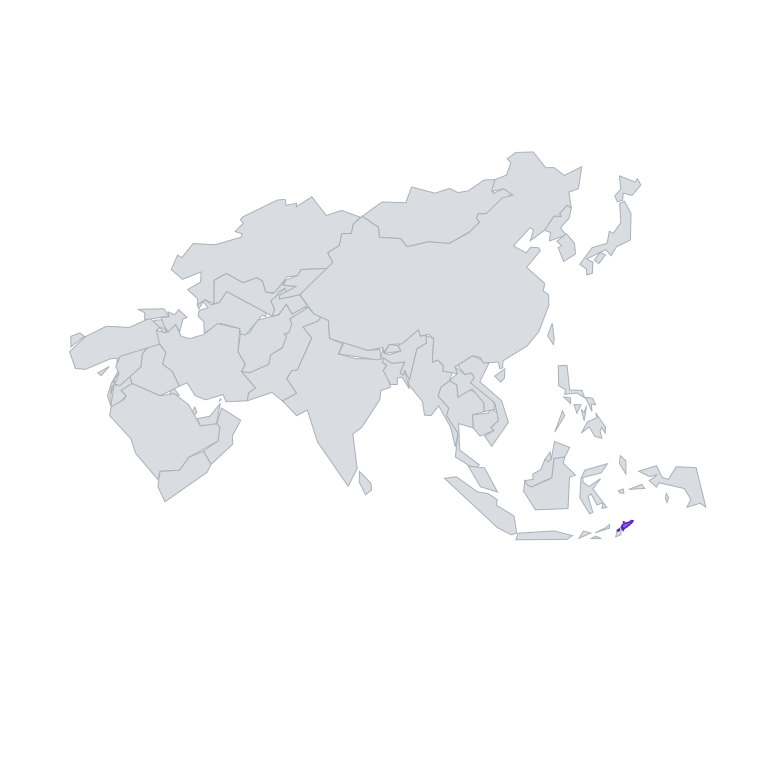 location of East Timor within Asia, rotated 346°
{"feature_id": "TLS", "entity_name": "East Timor", "entity_type": "country or territory", "adm_level": 0, "iso_a3": "TLS", "parent_name": "Asia", "parent_adm1": "", "projection": "natural_earth1", "projection_center": [125.525, -8.826], "detail": "fine", "context": "in_parent", "style": "filled", "palette": "violet", "viewbox_px": 768, "rotation_deg": 346, "n_neighbors": 45, "source": "natural_earth", "source_scale": "50m", "svg_char_len": 13866}
<svg xmlns="http://www.w3.org/2000/svg" viewBox="0 0 768 768"><g transform="rotate(346 384 384)"><path d="M401.5,216.5L393.1,221.2L388.7,230.0L379.5,228.0L374.0,239.0L361.2,242.9L363.7,253.6L359.8,258.8L331.2,252.9L326.6,257.8L315.5,256.6L300.3,269.2L291.4,266.1L290.9,254.7L286.1,250.2L271.6,251.6L257.8,238.7L244.3,242.4L238.4,265.2L230.7,258.9L222.0,262.3L223.7,256.0L216.2,244.8L230.7,240.8L233.7,231.0L213.8,233.7L205.3,221.5L214.9,209.0L218.5,212.5L232.7,201.6L253.8,208.0L280.6,207.0L282.7,204.1L276.4,200.0L286.4,193.9L284.4,189.8L287.1,187.8L324.8,179.7L332.6,180.9L332.3,187.0L342.9,187.6L341.7,190.9L359.2,184.9L368.8,206.6L384.8,205.3L401.5,216.5Z" fill="#d9dde1" stroke="#a8b0b8" stroke-width="1"/><path d="M238.4,265.2L244.3,242.4L257.8,238.7L271.6,251.6L286.1,250.2L290.9,254.7L291.4,266.1L298.5,269.3L313.9,259.3L310.3,263.9L322.5,268.0L315.3,272.5L309.6,272.0L310.8,267.4L303.9,268.9L298.4,276.3L294.3,276.0L296.0,284.9L292.0,291.3L253.8,256.3L244.0,265.1L238.4,265.2Z" fill="#d9dde1" stroke="#a8b0b8" stroke-width="1"/><path d="M666.6,540.6L666.5,581.3L661.8,576.2L648.1,576.9L653.9,570.1L650.0,558.0L627.0,546.4L623.3,550.0L618.0,541.9L627.2,538.2L619.3,538.1L610.0,530.2L628.7,529.2L631.1,541.6L636.7,545.4L647.4,535.0L666.6,540.6ZM580.0,579.9L577.2,587.7L571.9,588.3L574.7,582.4L580.0,579.9ZM629.9,567.4L629.4,562.7L631.5,558.4L632.7,563.2L629.9,567.4ZM541.8,498.5L538.7,504.1L547.8,518.7L541.4,519.4L532.4,549.4L500.4,542.7L493.5,521.7L497.3,511.8L501.9,519.5L519.7,516.7L524.1,515.4L530.9,497.4L541.8,498.5ZM595.9,545.5L609.7,543.7L611.7,548.4L595.9,545.5ZM590.3,548.0L586.6,546.9L585.5,544.2L591.0,543.9L590.3,548.0ZM596.0,510.7L600.1,517.2L596.9,529.9L593.2,518.0L596.0,510.7ZM558.0,516.1L581.5,515.4L573.1,522.8L554.2,522.8L553.4,527.6L558.2,533.1L571.2,528.2L561.3,536.2L570.3,557.7L565.3,557.3L567.9,552.2L561.3,552.9L558.4,540.7L554.8,542.6L555.6,558.9L552.1,559.8L546.5,541.8L552.2,523.4L558.0,516.1ZM557.5,586.7L547.8,584.1L552.8,582.8L557.5,586.7ZM552.9,579.4L564.1,577.2L568.9,574.9L568.1,578.4L552.9,579.4ZM542.0,574.9L548.6,578.7L535.8,580.8L542.0,574.9ZM478.0,561.2L513.4,567.7L530.2,576.7L524.0,579.0L474.3,567.1L478.0,561.2ZM463.7,528.8L478.2,543.5L476.7,560.9L470.8,561.0L459.2,550.7L419.9,490.1L431.7,491.5L448.6,511.2L458.6,515.6L465.9,523.7L463.7,528.8Z" fill="#d9dde1" stroke="#a8b0b8" stroke-width="1"/><path d="M124.0,315.6L117.5,324.4L113.7,339.3L112.8,328.5L120.0,316.8L124.0,315.6Z" fill="#d9dde1" stroke="#a8b0b8" stroke-width="1"/><path d="M129.5,309.7L120.2,316.7L129.3,307.3L129.5,309.7Z" fill="#d9dde1" stroke="#a8b0b8" stroke-width="1"/><path d="M121.2,321.1L116.4,327.7L119.6,320.2L121.2,321.1Z" fill="#d9dde1" stroke="#a8b0b8" stroke-width="1"/><path d="M121.2,321.1L139.4,314.9L139.6,322.6L127.4,326.7L131.0,333.0L119.2,341.2L113.7,339.3L121.2,321.1Z" fill="#d9dde1" stroke="#a8b0b8" stroke-width="1"/><path d="M194.5,372.4L207.2,373.2L220.5,363.2L211.1,383.4L195.6,380.2L194.5,372.4Z" fill="#d9dde1" stroke="#a8b0b8" stroke-width="1"/><path d="M191.0,369.2L191.4,364.6L194.8,360.6L195.6,366.3L191.0,369.2Z" fill="#d9dde1" stroke="#a8b0b8" stroke-width="1"/><path d="M178.5,335.8L182.5,345.3L173.6,341.9L178.5,335.8Z" fill="#d9dde1" stroke="#a8b0b8" stroke-width="1"/><path d="M139.6,322.6L139.4,314.9L152.3,308.4L156.8,296.2L166.1,289.8L175.8,291.1L180.0,300.5L174.1,311.2L181.8,320.6L184.9,336.6L164.0,341.3L139.6,322.6Z" fill="#d9dde1" stroke="#a8b0b8" stroke-width="1"/><path d="M212.3,382.1L220.5,368.1L236.2,384.6L224.3,397.6L222.7,405.7L196.8,420.1L192.5,405.4L209.1,399.1L214.2,386.5L212.3,382.1ZM222.2,359.4L219.8,361.0L221.6,358.9L222.2,359.4Z" fill="#d9dde1" stroke="#a8b0b8" stroke-width="1"/><path d="M459.9,448.1L462.4,435.3L478.7,437.5L481.2,433.2L487.1,439.6L486.3,447.2L477.2,452.0L479.5,455.8L464.6,457.8L459.9,448.1Z" fill="#d9dde1" stroke="#a8b0b8" stroke-width="1"/><path d="M474.4,435.0L462.4,435.3L459.9,448.1L446.8,440.5L441.5,466.5L456.9,485.4L451.6,488.7L435.6,472.1L443.8,449.9L436.9,429.7L441.0,423.1L433.4,408.9L438.4,400.9L448.4,396.5L454.4,402.5L452.7,414.7L464.3,409.7L472.2,415.2L476.5,426.9L474.4,435.0Z" fill="#d9dde1" stroke="#a8b0b8" stroke-width="1"/><path d="M485.9,435.5L474.4,435.0L476.5,426.9L468.3,410.1L452.7,414.7L454.4,402.5L448.4,396.5L457.6,391.7L457.1,384.5L464.9,394.3L471.4,394.3L473.2,399.8L468.2,403.7L485.8,424.8L485.9,435.5Z" fill="#d9dde1" stroke="#a8b0b8" stroke-width="1"/><path d="M448.4,396.5L438.4,400.9L433.4,408.9L441.0,423.1L436.9,429.7L443.8,449.9L438.0,462.2L438.2,442.2L431.8,418.4L422.0,426.0L415.8,424.0L417.1,410.3L407.4,389.8L424.3,357.8L435.0,354.5L436.4,347.1L443.2,351.9L436.2,374.6L441.8,373.5L446.1,380.6L444.3,385.8L454.3,387.5L448.4,396.5Z" fill="#d9dde1" stroke="#a8b0b8" stroke-width="1"/><path d="M469.1,458.7L479.5,455.8L477.2,452.0L486.3,447.2L487.0,429.2L468.2,403.7L473.2,399.8L471.4,394.3L464.9,394.3L459.8,383.6L476.7,378.0L490.7,389.3L477.5,405.0L494.1,428.7L495.4,451.3L473.4,470.5L469.1,458.7Z" fill="#d9dde1" stroke="#a8b0b8" stroke-width="1"/><path d="M608.3,258.5L603.8,267.9L593.1,274.9L596.5,283.6L579.0,285.2L582.3,277.2L576.8,273.8L580.8,269.8L589.7,262.1L596.3,264.2L595.5,261.0L605.0,254.8L608.3,258.5Z" fill="#d9dde1" stroke="#a8b0b8" stroke-width="1"/><path d="M586.3,287.5L597.2,282.1L602.9,293.5L601.2,304.2L587.9,308.6L586.0,293.9L589.8,292.8L586.3,287.5Z" fill="#d9dde1" stroke="#a8b0b8" stroke-width="1"/><path d="M403.5,216.0L426.2,206.9L449.0,213.4L458.4,199.5L479.7,211.2L495.0,210.1L502.0,216.1L512.3,217.1L530.3,210.3L541.1,212.5L536.1,225.6L547.3,223.5L555.3,229.8L524.3,243.5L516.6,241.7L513.8,245.7L516.0,250.1L508.7,255.5L481.3,263.4L461.5,256.8L439.4,256.4L435.4,247.0L415.0,240.6L416.5,230.7L403.5,216.0Z" fill="#d9dde1" stroke="#a8b0b8" stroke-width="1"/><path d="M436.4,347.1L435.0,354.5L424.3,357.8L409.6,386.3L407.4,376.3L404.8,380.3L402.2,377.1L409.2,367.8L396.5,366.0L389.9,358.6L387.7,362.8L391.3,366.2L386.5,370.8L389.6,372.5L389.5,388.5L379.3,389.7L376.2,398.1L351.9,420.7L341.7,424.8L337.5,459.5L324.5,474.5L305.5,424.3L303.3,390.6L291.6,393.6L281.4,375.9L296.9,371.7L290.8,355.4L297.4,348.8L303.3,349.3L324.9,321.9L319.1,309.0L335.3,306.9L341.0,301.6L345.4,309.0L342.2,326.6L353.5,335.0L347.2,343.8L363.0,352.8L387.3,358.8L391.7,348.2L391.7,354.4L396.2,356.8L408.2,356.1L406.9,350.2L430.7,339.6L430.9,346.2L436.4,347.1Z" fill="#d9dde1" stroke="#a8b0b8" stroke-width="1"/><path d="M407.4,376.3L407.5,394.9L403.2,381.7L398.4,381.5L396.8,387.6L390.4,386.2L386.5,370.8L391.3,366.2L387.7,362.8L389.9,358.6L396.5,366.0L409.2,367.8L402.2,377.1L404.8,380.3L407.4,376.3Z" fill="#d9dde1" stroke="#a8b0b8" stroke-width="1"/><path d="M406.9,350.2L408.2,356.1L391.7,354.4L398.5,346.9L406.9,350.2Z" fill="#d9dde1" stroke="#a8b0b8" stroke-width="1"/><path d="M388.4,349.5L387.3,358.8L382.9,358.9L347.2,343.8L355.8,333.5L376.6,347.5L388.4,349.5Z" fill="#d9dde1" stroke="#a8b0b8" stroke-width="1"/><path d="M341.0,301.6L335.3,306.9L319.1,309.0L324.9,321.9L303.3,349.3L297.4,348.8L290.8,355.4L296.9,371.7L281.4,375.9L273.2,365.0L247.3,367.2L250.3,359.9L258.3,356.6L248.5,337.3L256.6,340.5L276.9,336.9L281.3,328.0L294.1,324.2L311.6,295.2L329.0,291.3L333.0,299.1L341.0,301.6Z" fill="#d9dde1" stroke="#a8b0b8" stroke-width="1"/><path d="M276.4,291.5L298.9,291.2L308.5,282.9L311.8,293.8L319.8,289.1L329.0,291.3L308.2,298.0L309.0,303.8L304.1,311.1L299.3,310.9L300.6,315.0L294.1,324.2L281.3,328.0L276.9,336.9L256.6,340.5L248.5,337.3L254.1,331.5L250.1,317.4L256.7,300.6L265.5,302.2L276.4,291.5Z" fill="#d9dde1" stroke="#a8b0b8" stroke-width="1"/><path d="M292.0,291.3L296.0,284.9L294.3,276.0L310.8,267.4L311.6,271.9L303.0,276.3L324.0,276.9L328.4,289.5L311.8,293.8L308.5,282.9L298.9,291.2L292.0,291.3Z" fill="#d9dde1" stroke="#a8b0b8" stroke-width="1"/><path d="M313.9,259.3L326.6,257.8L331.2,252.9L359.8,258.8L324.0,276.9L303.0,276.3L304.2,272.7L322.5,268.0L310.3,263.9L313.9,259.3Z" fill="#d9dde1" stroke="#a8b0b8" stroke-width="1"/><path d="M222.0,262.3L230.7,258.9L235.8,265.5L244.0,265.1L253.8,256.3L286.5,286.1L285.7,289.9L282.1,288.0L261.5,303.0L256.7,300.6L257.4,295.4L240.3,285.7L221.9,290.9L224.3,279.9L220.1,273.2L222.5,267.9L231.7,267.5L228.6,260.2L222.5,266.3L222.0,262.3Z" fill="#d9dde1" stroke="#a8b0b8" stroke-width="1"/><path d="M184.9,336.6L181.8,320.6L174.1,311.2L180.0,300.5L174.3,286.1L176.2,277.0L185.2,281.3L196.2,276.0L198.7,288.5L205.9,293.0L221.1,292.4L236.8,285.1L257.4,295.4L250.1,317.4L254.1,331.5L248.5,337.3L258.3,356.6L250.3,359.9L247.3,367.2L226.4,363.0L225.4,355.3L207.1,356.2L197.9,349.6L193.2,335.2L184.9,336.6Z" fill="#d9dde1" stroke="#a8b0b8" stroke-width="1"/><path d="M122.6,319.1L129.5,309.7L127.9,302.1L134.6,293.3L163.6,290.7L156.8,296.2L152.3,308.4L127.7,321.6L122.6,319.1Z" fill="#d9dde1" stroke="#a8b0b8" stroke-width="1"/><path d="M187.1,281.1L175.4,271.8L176.6,266.6L185.9,268.3L187.1,281.1Z" fill="#d9dde1" stroke="#a8b0b8" stroke-width="1"/><path d="M175.8,291.1L134.6,293.3L129.9,299.6L131.4,294.4L124.4,293.4L97.8,297.5L88.4,294.3L86.7,276.7L105.8,265.8L128.6,260.8L150.4,267.5L172.8,263.5L180.2,275.2L176.2,277.0L175.8,291.1ZM91.6,262.0L101.3,260.9L104.7,265.3L89.1,272.4L91.6,262.0Z" fill="#d9dde1" stroke="#a8b0b8" stroke-width="1"/><path d="M347.3,477.3L346.4,483.8L339.3,487.0L336.2,473.0L339.0,462.9L347.3,477.3Z" fill="#d9dde1" stroke="#a8b0b8" stroke-width="1"/><path d="M497.7,410.4L493.3,403.1L504.9,398.6L502.3,407.4L497.7,410.4ZM324.0,276.9L363.7,253.6L361.2,242.9L374.0,239.0L379.5,228.0L388.7,230.0L393.1,221.2L403.5,216.0L416.5,230.7L415.0,240.6L435.4,247.0L439.4,256.4L461.5,256.8L481.3,263.4L502.8,257.7L516.0,250.1L513.8,245.7L516.6,241.7L524.3,243.5L543.9,232.1L554.8,231.9L547.3,223.5L535.0,223.1L541.1,212.5L553.5,210.9L560.6,200.0L558.1,195.2L567.8,191.2L585.0,195.0L593.1,213.2L601.4,215.2L609.2,225.2L628.4,221.0L619.9,241.5L609.8,242.5L608.3,258.5L605.0,254.8L595.5,261.0L596.3,264.2L589.7,262.1L576.8,273.8L560.6,280.3L566.3,270.8L563.8,267.5L543.0,281.3L553.7,291.2L559.4,286.7L567.1,289.3L567.9,292.6L550.6,305.3L564.4,325.5L561.0,331.9L565.3,337.2L563.1,347.4L547.0,370.5L532.2,381.6L505.1,390.3L503.1,396.9L500.2,397.3L500.2,390.3L485.4,387.7L483.9,381.5L476.7,378.0L457.1,384.5L457.6,391.7L444.3,385.8L446.1,380.6L441.8,373.5L436.2,374.6L443.2,351.9L439.5,346.7L430.9,346.2L430.7,339.6L411.2,349.4L398.5,346.9L391.7,353.2L391.7,348.2L376.6,347.5L342.2,326.6L345.4,309.0L333.0,299.1L324.0,276.9Z" fill="#d9dde1" stroke="#a8b0b8" stroke-width="1"/><path d="M561.9,365.8L560.1,381.6L557.8,386.7L554.5,376.7L561.9,365.8Z" fill="#d9dde1" stroke="#a8b0b8" stroke-width="1"/><path d="M192.0,261.8L197.7,266.2L202.7,262.1L209.0,271.8L204.8,272.3L198.3,283.9L196.2,276.0L187.1,281.1L184.6,274.0L183.8,265.6L191.0,266.8L192.0,261.8ZM185.2,281.3L182.0,280.4L180.2,275.2L184.5,276.7L185.2,281.3Z" fill="#d9dde1" stroke="#a8b0b8" stroke-width="1"/><path d="M163.3,252.0L188.6,257.8L191.9,266.0L167.4,263.8L169.1,256.9L163.3,252.0Z" fill="#d9dde1" stroke="#a8b0b8" stroke-width="1"/><path d="M560.2,448.0L555.2,440.1L561.6,442.6L560.2,448.0ZM569.4,467.9L569.2,456.3L571.3,460.1L575.3,454.1L569.4,467.9ZM582.4,463.3L588.5,479.4L586.7,485.1L584.7,478.7L582.2,481.9L582.3,489.4L576.0,485.8L572.7,475.3L563.6,479.4L572.1,470.0L582.7,468.1L582.4,463.3ZM551.7,458.3L538.1,472.0L550.7,453.2L551.7,458.3ZM566.1,410.2L562.7,434.7L574.6,438.1L575.3,445.9L569.1,439.5L556.8,437.6L558.8,433.4L553.1,427.9L557.5,408.5L566.1,410.2ZM564.1,459.0L563.5,449.9L570.1,451.9L564.1,459.0ZM582.9,448.2L584.4,455.2L580.3,453.6L579.1,460.9L576.3,445.8L582.9,448.2Z" fill="#d9dde1" stroke="#a8b0b8" stroke-width="1"/><path d="M445.9,483.9L461.3,489.8L468.0,516.2L452.7,507.1L445.9,483.9ZM541.8,498.5L530.9,497.4L524.1,515.4L501.9,519.5L498.2,516.0L497.3,511.8L505.5,512.7L506.6,507.5L515.4,504.9L521.9,496.0L528.1,497.3L535.6,481.0L548.8,490.5L541.8,498.5Z" fill="#d9dde1" stroke="#a8b0b8" stroke-width="1"/><path d="M528.7,490.3L528.1,497.3L524.4,499.3L521.9,496.0L528.7,490.3Z" fill="#d9dde1" stroke="#a8b0b8" stroke-width="1"/><path d="M664.9,278.5L657.9,303.9L642.6,307.2L635.5,314.4L631.7,307.3L610.9,311.7L616.2,316.4L612.9,327.0L607.1,327.3L608.3,321.6L602.9,315.4L619.0,302.0L634.6,301.4L639.5,290.3L643.0,293.3L652.9,284.5L656.3,265.9L661.5,264.8L664.9,278.5ZM676.4,248.8L679.7,246.1L681.3,253.1L670.3,261.0L662.2,256.7L660.0,263.5L654.5,263.6L653.4,257.4L660.8,252.3L662.8,239.0L676.4,248.8ZM618.0,314.4L625.7,308.7L630.2,312.2L621.4,319.2L618.0,314.4Z" fill="#d9dde1" stroke="#a8b0b8" stroke-width="1"/><path d="M192.5,405.4L196.8,420.1L191.2,426.7L143.0,445.3L139.8,429.1L145.6,414.3L164.4,418.2L176.9,407.8L192.5,405.4Z" fill="#d9dde1" stroke="#a8b0b8" stroke-width="1"/><path d="M113.7,340.2L127.8,336.2L131.0,333.0L127.4,326.7L139.6,322.6L164.0,341.3L178.1,342.5L189.5,357.0L195.6,380.2L212.3,382.1L214.2,386.5L209.1,399.1L176.9,407.8L164.4,418.2L145.6,414.3L141.5,422.0L126.2,391.0L125.2,375.9L110.2,348.4L113.7,340.2Z" fill="#d9dde1" stroke="#a8b0b8" stroke-width="1"/><path d="M121.7,300.5L111.6,307.4L108.9,304.1L121.7,300.5Z" fill="#d9dde1" stroke="#a8b0b8" stroke-width="1"/><path d="M580.6,583.8L580.4,583.0L580.2,582.6L580.0,582.4L580.0,582.2L580.0,581.9L580.8,581.8L581.0,581.4L581.0,580.9L580.9,580.7L580.1,581.0L579.9,580.9L579.8,580.2L580.4,579.7L580.8,578.8L581.2,578.4L581.9,578.0L582.3,577.9L584.5,577.4L585.1,577.4L586.5,577.4L588.5,577.3L588.9,577.2L589.6,577.0L590.1,576.7L590.5,576.5L590.8,576.3L591.3,576.5L592.1,576.7L592.4,576.8L592.6,577.0L591.6,578.0L590.5,578.8L589.9,579.1L589.2,579.2L588.7,579.5L588.2,580.0L587.7,580.3L587.0,580.4L586.5,580.6L586.0,580.9L585.3,581.4L585.0,581.4L584.7,581.4L584.2,581.6L582.4,582.3L581.3,583.1L580.6,583.8ZM575.0,582.7L575.9,582.2L577.2,581.8L577.2,582.1L577.1,582.6L576.9,582.8L576.5,583.2L576.3,583.3L575.6,583.2L575.3,583.2L575.1,582.9L575.0,582.7ZM583.7,575.2L583.3,576.3L582.9,576.1L583.4,575.4L583.6,575.3L583.7,575.2Z" fill="#8b5cf6" stroke="#5b21b6" stroke-width="1.5"/></g></svg>